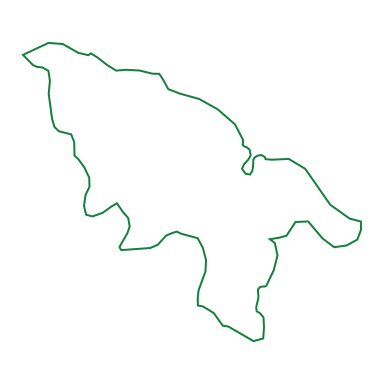 Oubritenga, Natural Earth projection
{"feature_id": "BFA-2816", "entity_name": "Oubritenga", "entity_type": "Province", "adm_level": 1, "iso_a3": "BFA", "parent_name": "Burkina Faso", "parent_adm1": "", "projection": "natural_earth1", "projection_center": [-1.281, 12.591], "detail": "fine", "context": "isolated", "style": "outline", "palette": "green", "viewbox_px": 384, "rotation_deg": 0, "n_neighbors": 0, "source": "natural_earth", "source_scale": "10m", "svg_char_len": 1529}
<svg xmlns="http://www.w3.org/2000/svg" viewBox="0 0 384 384"><path d="M334.2,247.2L322.7,238.6L308.1,221.4L295.5,222.0L286.5,235.7L278.8,237.8L269.9,239.2L274.8,243.0L277.5,255.4L273.8,270.0L266.3,285.8L264.9,286.5L262.6,286.5L260.2,287.0L258.3,288.8L257.9,290.9L258.4,296.0L258.3,298.2L256.2,307.3L256.7,311.3L259.7,313.0L263.5,317.3L264.0,327.3L263.3,337.2L263.2,338.5L253.5,341.1L228.2,326.5L222.8,325.7L213.7,313.0L203.0,306.5L197.9,305.5L197.7,298.4L198.6,290.3L205.5,271.3L206.0,259.9L202.8,247.7L197.7,238.2L181.0,233.7L176.8,231.6L171.9,233.1L166.0,235.7L157.8,244.8L150.2,248.0L121.3,250.1L119.5,247.3L120.6,244.9L127.4,233.2L129.7,226.4L128.2,218.0L123.4,212.6L116.9,203.3L111.4,206.5L102.7,212.8L92.5,216.4L86.1,214.7L84.0,205.8L85.5,195.1L89.5,186.7L89.2,177.6L84.2,167.1L78.1,158.9L74.5,155.6L74.2,142.0L71.2,134.4L58.8,131.2L54.5,127.0L52.1,119.0L48.7,93.9L49.9,80.8L48.4,70.8L42.3,67.4L37.1,66.9L33.0,65.1L23.0,54.9L48.4,42.9L62.7,44.0L78.2,52.8L88.4,55.2L90.8,53.4L97.1,57.2L107.1,65.0L116.2,70.6L126.0,69.8L139.5,70.5L152.5,73.7L159.2,73.8L163.5,80.3L168.2,89.1L180.1,93.7L199.2,99.0L217.8,109.4L235.1,124.5L243.2,140.2L242.7,144.9L244.0,146.3L246.8,147.3L249.6,149.7L250.7,155.3L248.4,159.5L244.2,164.0L242.0,168.7L245.5,173.7L250.1,174.5L252.4,170.7L253.2,164.9L253.3,160.0L254.6,157.5L257.6,155.6L261.4,155.1L264.8,157.0L265.6,159.2L272.3,159.7L288.7,158.9L305.2,168.8L330.3,204.8L349.6,218.6L360.9,221.5L361.0,229.8L357.3,239.6L346.5,245.5L334.2,247.2Z" fill="none" stroke="#15803d" stroke-width="2"/></svg>